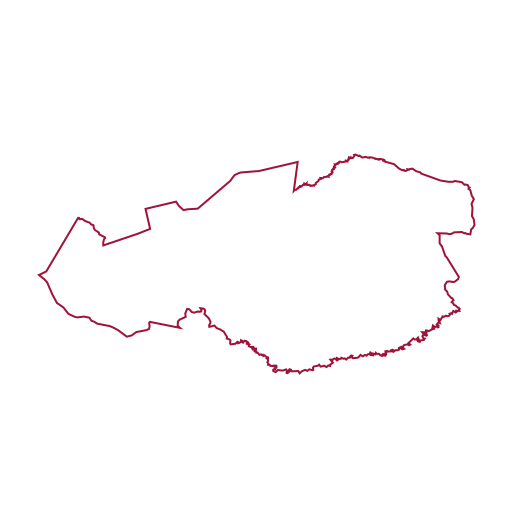 the district of Manyinga, North-Western, Zambia, rotated 97°
{"feature_id": "96606910B15136159078795", "entity_name": "Manyinga", "entity_type": "district", "adm_level": 2, "iso_a3": "ZMB", "parent_name": "Zambia", "parent_adm1": "North-Western", "projection": "equal_earth", "projection_center": [24.317, -13.081], "detail": "fine", "context": "isolated", "style": "outline", "palette": "rose", "viewbox_px": 512, "rotation_deg": 97, "n_neighbors": 0, "source": "geoboundaries", "source_scale": "gbopen_adm2", "svg_char_len": 6040}
<svg xmlns="http://www.w3.org/2000/svg" viewBox="0 0 512 512"><g transform="rotate(97 256 256)"><path d="M239.9,436.2L239.8,437.2L296.9,462.3L301.3,469.1L305.0,463.1L307.6,460.1L318.9,453.5L326.8,447.9L330.6,440.8L336.3,435.1L338.5,428.3L338.7,425.7L337.1,419.4L337.5,413.9L340.4,411.4L340.9,408.7L342.5,405.4L343.4,392.5L344.6,388.5L346.4,383.9L351.8,374.4L350.0,369.7L346.1,365.6L343.1,356.2L341.5,353.3L338.8,353.0L335.4,353.9L334.3,353.3L336.6,322.7L334.9,325.2L330.6,325.5L328.5,324.1L325.0,318.4L321.6,319.2L316.9,317.9L317.0,315.8L319.5,312.8L319.8,310.6L318.1,306.7L318.4,306.0L317.7,303.6L316.1,303.6L314.6,304.8L314.7,301.5L315.1,300.6L316.8,299.7L320.0,300.1L323.5,295.3L326.5,293.3L328.0,293.1L330.4,294.1L332.0,293.7L330.1,288.8L332.3,286.3L333.3,282.6L335.1,278.7L339.9,274.9L341.5,275.0L342.0,272.1L342.8,271.1L345.7,271.1L346.8,270.4L345.6,265.7L343.7,264.2L344.6,263.6L343.9,263.0L344.5,262.4L343.3,260.7L341.4,260.6L342.0,259.3L343.0,259.2L343.6,258.3L341.5,257.1L341.7,255.1L342.9,254.8L342.4,254.2L342.9,253.2L344.2,253.8L344.0,252.7L344.5,251.9L345.0,252.5L346.4,252.1L347.0,250.3L346.5,247.5L346.9,247.3L347.7,248.9L348.5,248.3L347.4,248.0L348.2,245.8L347.9,244.7L348.7,244.5L349.2,246.1L349.7,245.6L350.4,246.1L350.9,245.7L350.8,244.0L352.0,243.8L351.8,242.5L353.7,240.6L353.0,239.0L353.5,238.5L353.2,237.0L354.4,236.5L353.5,235.3L354.7,233.9L355.2,231.8L355.8,231.5L356.5,232.6L357.1,231.6L358.5,231.2L360.0,231.8L361.3,230.7L362.5,230.8L362.3,229.2L363.3,228.4L363.1,225.4L363.7,224.0L362.6,224.7L362.4,222.4L364.1,222.1L364.6,222.9L366.1,223.2L366.0,224.1L366.9,225.1L368.2,224.7L368.8,222.4L366.5,220.5L366.5,215.5L364.9,212.4L366.0,211.5L366.4,210.2L367.0,211.4L368.3,211.4L368.5,210.5L365.9,208.0L365.8,210.0L364.3,208.9L364.6,207.5L366.1,206.2L365.0,200.0L367.1,198.4L364.8,196.4L363.0,193.3L363.8,191.1L362.0,189.3L362.5,185.9L362.0,185.2L360.0,185.9L358.7,185.3L357.2,180.9L356.2,180.1L357.9,178.4L356.6,174.9L357.7,172.5L355.8,170.9L356.1,169.1L354.9,169.2L352.5,166.7L349.8,169.6L349.6,169.1L350.6,167.7L348.8,166.7L348.2,165.5L348.5,163.7L347.3,163.4L347.7,162.5L349.1,163.7L349.8,163.0L348.0,160.8L347.7,159.3L346.6,158.9L347.3,156.7L346.8,155.4L347.8,153.9L345.7,152.2L345.4,150.4L344.3,150.4L343.1,149.2L343.3,148.2L344.6,148.8L345.6,147.5L344.8,143.5L344.1,142.0L341.4,140.2L342.6,137.8L340.9,135.9L341.5,134.2L340.0,133.2L339.4,131.2L337.8,130.8L338.5,129.7L339.7,131.1L340.3,130.3L340.3,127.6L338.6,127.8L339.1,125.7L337.5,125.3L338.4,124.3L338.1,121.8L339.1,121.1L339.9,118.7L339.2,117.7L338.4,118.5L337.9,118.1L339.1,116.7L339.2,115.4L337.9,114.9L337.5,116.7L336.2,115.0L334.8,115.9L334.2,114.4L334.8,113.6L334.2,110.4L333.2,110.6L332.4,109.1L332.7,108.4L334.0,109.1L334.4,107.9L332.6,106.2L332.3,104.0L331.5,102.6L329.9,103.0L329.5,102.4L330.8,99.2L330.0,97.6L328.3,100.2L327.9,99.0L326.2,98.0L325.3,94.7L326.0,93.2L325.1,92.1L323.9,94.1L318.6,89.8L319.5,88.4L319.4,86.9L317.2,85.2L319.2,84.2L320.2,85.3L320.9,84.9L321.3,83.0L319.9,82.9L318.9,79.2L317.5,78.5L317.5,79.6L315.3,81.1L313.2,79.8L311.4,81.8L311.2,79.6L312.7,77.9L314.0,79.1L314.3,77.2L313.9,76.7L312.0,77.5L309.7,77.3L309.6,78.3L309.1,78.2L309.4,75.0L307.5,72.7L306.5,70.3L305.8,70.6L306.4,71.7L306.1,72.2L303.4,71.9L304.7,69.7L303.9,67.6L304.7,66.7L304.4,66.2L302.6,66.4L302.6,68.0L302.1,68.4L299.7,66.9L300.0,65.4L297.7,66.9L296.0,67.2L297.2,65.1L294.5,64.1L294.0,63.1L293.2,63.3L293.3,61.7L292.1,60.3L292.5,58.7L291.7,56.9L290.5,56.3L289.7,56.8L289.0,55.4L289.5,54.4L286.5,53.5L287.7,50.9L287.0,50.2L286.7,50.9L285.9,50.8L285.7,47.4L284.5,48.0L283.7,47.4L282.6,48.5L282.6,49.5L280.8,51.9L280.4,53.7L279.0,54.4L277.9,56.2L275.8,54.6L274.1,55.9L273.9,57.0L270.7,60.8L268.0,61.9L266.4,64.1L261.9,65.1L258.3,63.3L257.6,60.7L257.8,57.3L257.3,55.6L254.2,52.5L252.1,52.1L234.2,66.4L232.9,68.1L224.0,72.5L221.0,75.3L212.9,76.3L211.3,78.6L210.4,69.5L210.7,67.0L210.3,64.9L208.4,62.2L207.1,54.7L208.1,51.9L207.7,51.1L208.3,49.7L208.4,45.9L203.4,45.7L201.7,44.2L198.5,42.9L193.1,44.3L190.0,46.5L181.6,47.0L178.1,48.4L173.0,46.7L170.0,49.1L164.4,51.4L163.5,53.2L162.1,52.4L162.0,53.2L159.8,54.5L159.5,56.9L159.9,57.8L157.7,60.6L157.3,67.7L158.4,69.7L158.9,73.8L158.6,82.1L154.1,102.0L153.0,103.0L152.3,107.4L150.2,111.4L151.0,114.1L151.7,114.6L151.4,116.4L152.4,116.2L153.4,117.9L153.1,119.7L152.6,119.8L153.0,121.4L151.8,124.6L148.0,130.2L146.5,140.1L145.8,141.0L145.2,140.3L144.8,141.0L145.3,141.6L144.8,141.7L144.5,144.2L144.7,145.4L145.1,145.0L145.5,145.9L144.7,149.2L145.1,149.5L144.3,151.3L144.1,154.8L144.8,155.5L144.4,155.9L144.8,157.3L144.2,159.0L145.3,162.5L143.8,165.6L144.3,166.2L143.2,169.5L143.7,171.0L144.7,170.6L147.0,171.9L147.3,173.6L146.5,174.0L147.1,174.5L146.9,175.1L147.4,174.9L147.4,175.7L149.0,175.6L149.4,175.9L148.8,176.2L150.0,176.5L150.4,177.6L151.1,177.1L151.2,178.1L150.7,178.7L151.4,178.8L152.5,182.3L152.0,184.2L152.7,185.1L153.4,185.0L153.7,186.1L154.5,186.0L155.1,187.2L154.8,187.6L155.9,188.2L155.7,188.9L156.5,188.6L157.5,189.4L158.1,188.8L158.2,189.5L159.1,189.3L159.2,189.9L159.3,189.3L159.8,190.0L160.5,189.5L161.4,191.0L163.3,190.4L163.3,191.0L164.3,190.5L165.3,191.7L165.6,191.4L166.2,192.9L166.6,192.6L167.7,194.2L168.4,193.8L168.2,195.0L168.7,195.3L169.4,198.2L170.6,199.1L170.7,201.5L171.6,201.0L172.5,203.0L174.0,203.2L176.1,205.5L177.4,205.4L177.9,206.1L178.2,205.6L178.1,206.3L179.2,206.9L178.9,208.1L179.6,209.0L179.2,210.2L179.8,210.6L178.8,212.1L179.3,213.6L178.7,214.0L178.8,215.1L178.2,215.0L178.7,215.4L178.4,216.2L178.8,216.1L178.3,217.0L179.6,217.1L179.6,218.1L181.1,219.1L181.2,220.6L182.0,220.3L182.5,222.1L183.7,222.2L183.8,223.1L185.3,224.0L185.7,225.6L186.8,226.4L157.6,226.1L171.3,263.4L174.9,281.0L175.8,283.2L178.4,287.2L184.7,290.8L216.1,319.6L218.0,329.7L219.3,333.5L215.8,338.5L211.8,342.0L222.7,371.4L242.0,364.4L248.4,376.2L264.1,408.9L261.1,409.3L257.7,408.8L256.4,407.9L255.8,408.3L253.6,414.3L251.9,414.8L249.8,419.0L248.3,420.3L245.2,421.1L244.8,423.4L243.2,425.2L242.1,429.9L240.4,432.9L241.0,435.6L239.9,436.2Z" fill="none" stroke="#9f1239" stroke-width="2"/></g></svg>